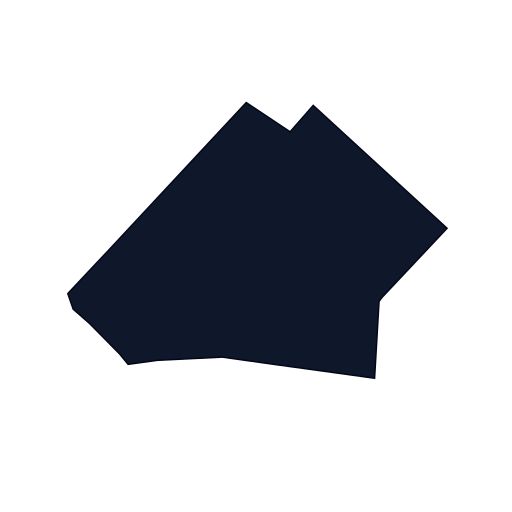 Bell, Texas, United States of America (orthographic projection), rotated 344°
{"feature_id": "52423323B38294551325831", "entity_name": "Bell", "entity_type": "district", "adm_level": 2, "iso_a3": "USA", "parent_name": "United States of America", "parent_adm1": "Texas", "projection": "orthographic", "projection_center": [-97.615, 31.036], "detail": "fine", "context": "isolated", "style": "filled", "palette": "ink", "viewbox_px": 512, "rotation_deg": 344, "n_neighbors": 0, "source": "geoboundaries", "source_scale": "gbopen_adm2", "svg_char_len": 392}
<svg xmlns="http://www.w3.org/2000/svg" viewBox="0 0 512 512"><g transform="rotate(344 256 256)"><path d="M67.8,238.4L64.7,240.3L65.6,256.7L77.4,275.0L97.9,312.6L103.2,324.9L132.4,329.1L195.7,343.9L246.5,366.5L336.3,406.2L361.8,333.5L365.8,330.5L447.3,282.0L352.5,127.0L323.0,146.0L288.9,105.8L114.4,210.7L95.3,222.0L67.8,238.4Z" fill="#0f172a" stroke="#020617" stroke-width="1.5"/></g></svg>